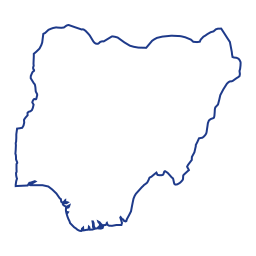 map outline of Nigeria (Robinson projection)
{"feature_id": "NGA", "entity_name": "Nigeria", "entity_type": "country or territory", "adm_level": 0, "iso_a3": "NGA", "parent_name": "Africa", "parent_adm1": "", "projection": "robinson", "projection_center": [7.751, 9.075], "detail": "fine", "context": "isolated", "style": "outline", "palette": "blue", "viewbox_px": 256, "rotation_deg": 0, "n_neighbors": 0, "source": "natural_earth", "source_scale": "50m", "svg_char_len": 4180}
<svg xmlns="http://www.w3.org/2000/svg" viewBox="0 0 256 256"><path d="M221.2,28.6L224.2,33.2L227.4,38.2L229.9,42.0L231.8,52.0L232.0,53.9L232.1,54.8L232.3,55.6L232.5,57.0L233.9,57.5L236.6,57.8L238.6,58.8L239.8,60.4L239.9,60.7L240.5,62.0L240.6,62.9L240.5,65.5L240.1,68.9L239.5,71.0L239.9,74.0L239.7,75.2L239.5,76.1L238.3,77.1L236.6,78.1L232.7,80.9L231.6,81.3L230.0,81.4L228.6,82.1L226.9,83.7L223.3,89.4L220.3,95.1L219.2,99.9L218.0,104.5L215.3,107.4L214.9,109.0L214.8,109.9L214.7,112.1L214.4,115.8L214.0,117.5L213.6,118.0L210.6,119.1L208.9,120.5L207.9,123.1L207.5,125.9L207.0,129.2L206.6,132.0L206.2,133.5L205.2,135.1L203.7,136.7L202.4,137.7L199.0,138.3L197.3,142.1L195.8,145.0L195.8,146.2L194.4,152.3L191.9,156.9L191.8,158.6L191.8,159.9L188.7,164.0L187.9,165.1L187.1,166.7L187.9,168.2L188.7,169.6L188.9,170.1L187.5,171.3L185.0,173.6L183.6,174.9L183.2,175.7L183.0,179.1L182.6,180.0L181.6,181.2L180.2,182.6L178.7,183.6L177.1,184.4L175.5,184.6L174.6,184.2L174.1,183.2L173.2,179.0L172.8,178.2L171.7,177.4L169.7,175.1L167.6,172.8L165.1,171.2L164.6,171.3L164.2,171.8L163.5,174.0L162.8,174.9L161.5,175.2L159.2,175.2L157.5,174.9L157.2,174.4L156.8,173.4L156.4,172.6L154.4,174.2L151.3,176.8L150.3,177.2L149.5,177.7L148.5,180.1L147.2,182.6L145.6,183.9L144.0,185.0L143.1,186.0L141.8,187.2L139.3,190.0L135.9,193.8L134.7,195.8L133.5,198.7L132.8,202.0L132.1,205.5L131.0,211.3L129.4,214.5L128.0,217.1L126.9,219.1L126.4,220.8L126.1,220.7L125.6,221.4L124.0,220.9L123.3,219.5L122.3,219.3L120.6,217.1L120.3,217.5L122.0,222.9L121.4,225.0L116.4,225.0L112.1,225.8L109.1,225.7L107.6,224.9L106.9,222.9L106.7,223.1L106.5,224.2L105.6,225.0L102.3,225.2L100.8,223.8L99.6,222.3L98.3,221.6L98.5,222.2L100.0,223.8L99.8,225.9L97.1,228.4L95.4,228.6L94.4,227.5L93.8,225.7L93.6,223.1L92.9,221.4L92.5,221.4L92.8,223.0L93.0,224.2L93.0,226.9L94.2,229.0L92.3,229.6L91.5,229.6L89.9,229.7L89.6,228.9L89.3,227.2L88.9,226.8L88.5,229.6L87.4,229.8L86.7,229.8L83.6,230.4L82.9,230.3L82.8,229.8L83.2,229.0L83.1,227.7L82.0,228.7L81.8,230.7L81.2,231.0L79.4,230.7L77.4,229.7L76.2,228.6L74.1,227.2L70.1,223.1L69.5,221.2L68.4,219.0L67.5,216.7L66.3,212.7L66.7,212.4L67.6,212.8L68.0,212.2L66.4,211.8L66.0,211.3L65.9,209.9L66.0,208.2L67.3,207.7L68.5,207.4L69.1,206.3L69.4,205.3L66.3,206.9L63.4,205.1L62.8,204.0L63.1,203.2L64.5,203.1L66.5,203.2L67.7,202.4L66.9,202.1L65.7,202.1L65.2,201.6L65.2,200.3L64.8,200.6L64.3,201.7L62.3,202.6L61.2,201.7L61.0,199.9L60.8,199.0L59.8,198.4L56.4,193.5L52.1,189.4L48.3,186.5L42.5,185.2L30.4,185.2L29.7,184.9L30.5,184.2L31.5,183.8L35.4,181.5L34.8,181.2L30.7,182.6L29.4,182.8L27.6,185.5L16.9,186.0L15.7,186.1L15.7,184.8L16.2,181.2L16.6,179.8L17.0,178.7L16.6,177.5L16.2,175.7L16.0,173.0L16.5,172.1L16.6,171.1L16.5,169.5L16.5,164.1L16.8,163.5L17.2,163.0L17.2,162.3L16.6,160.9L16.0,159.3L16.0,157.0L15.8,154.8L15.4,153.8L15.7,150.0L15.9,145.2L15.7,143.1L16.1,141.6L16.3,137.9L16.3,134.3L17.1,128.6L19.4,128.3L22.2,127.8L23.5,125.6L24.2,122.7L24.0,119.9L24.5,119.0L25.6,117.5L27.6,115.3L27.5,112.9L28.1,112.2L29.1,111.6L30.4,111.3L31.9,110.1L32.8,108.0L33.6,104.7L32.3,102.4L32.4,101.9L32.9,100.6L33.7,99.4L34.3,99.0L35.8,99.3L36.0,99.2L36.3,98.8L37.2,95.1L37.1,94.1L35.8,91.6L35.6,89.9L35.4,87.3L35.0,85.0L34.6,84.1L33.9,83.4L33.6,82.9L30.7,78.2L30.8,76.0L32.0,73.1L32.8,71.7L33.9,71.0L34.1,70.3L33.8,69.5L33.2,68.9L33.1,67.6L33.3,66.8L33.7,65.8L33.5,63.9L33.6,60.9L33.8,56.5L33.8,53.8L36.2,51.8L39.5,48.6L41.3,45.1L42.2,42.5L43.3,33.9L44.2,33.4L45.1,33.0L48.5,29.8L51.1,28.7L53.1,28.0L56.1,27.4L57.9,27.6L61.3,27.8L63.9,27.5L66.2,25.8L67.2,25.3L68.6,25.0L75.2,27.3L81.7,29.5L82.8,29.3L83.8,29.6L85.5,30.8L87.9,33.3L89.3,34.9L90.0,35.9L93.3,41.4L94.5,42.8L95.8,43.6L97.1,43.8L98.1,43.7L99.0,43.1L100.2,41.9L102.2,41.3L103.7,41.4L111.8,36.5L112.6,36.4L115.0,36.8L117.6,37.5L124.4,42.4L129.9,45.7L133.8,46.8L138.4,47.6L146.2,47.8L152.1,40.8L154.3,39.3L156.9,37.9L157.7,37.7L162.4,36.6L171.5,35.7L180.0,36.1L181.7,36.4L185.3,37.3L190.9,39.6L193.3,41.8L197.1,42.1L199.8,41.7L200.7,39.6L203.4,36.7L205.3,35.6L207.4,34.1L210.7,32.2L213.5,31.4L215.9,29.3L217.8,28.7L221.2,28.6ZM102.6,228.0L100.8,228.6L99.5,228.5L101.2,225.6L102.0,226.3L103.1,226.5L102.6,228.0Z" fill="none" stroke="#1e3a8a" stroke-width="2"/></svg>